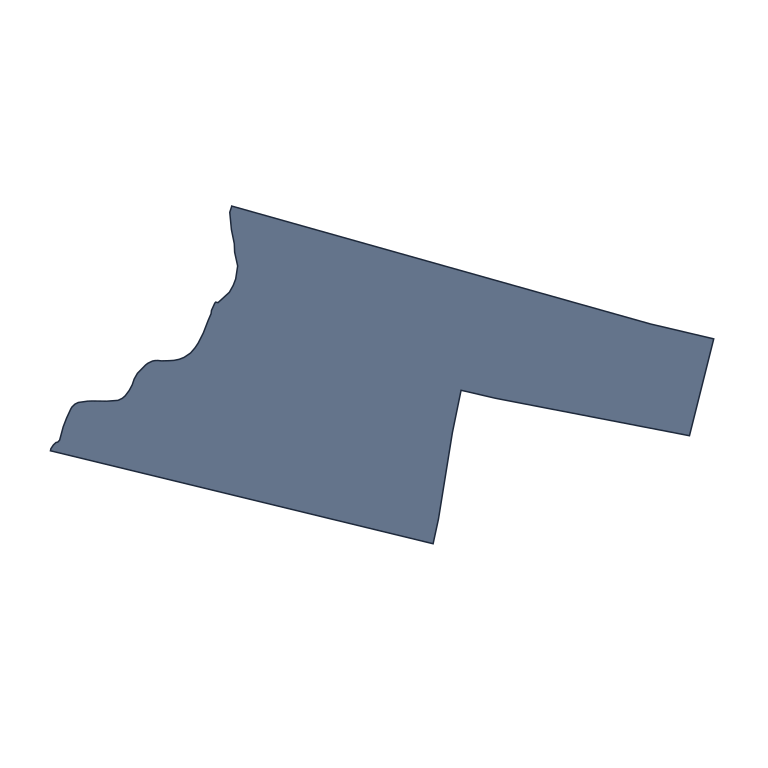 Brown, Ohio, United States of America (Equal Earth projection), rotated 100°
{"feature_id": "52423323B39524161644268", "entity_name": "Brown", "entity_type": "district", "adm_level": 2, "iso_a3": "USA", "parent_name": "United States of America", "parent_adm1": "Ohio", "projection": "equal_earth", "projection_center": [-83.851, 38.947], "detail": "fine", "context": "isolated", "style": "filled", "palette": "slate", "viewbox_px": 768, "rotation_deg": 100, "n_neighbors": 0, "source": "geoboundaries", "source_scale": "gbopen_adm2", "svg_char_len": 900}
<svg xmlns="http://www.w3.org/2000/svg" viewBox="0 0 768 768"><g transform="rotate(100 384 384)"><path d="M381.9,74.2L282.3,67.1L278.6,132.2L235.2,564.9L236.0,564.9L241.7,565.7L258.4,561.1L271.8,555.8L280.1,554.0L293.2,548.6L306.3,548.3L313.0,549.6L320.5,552.2L332.7,561.6L332.6,564.0L333.8,564.7L341.5,566.7L344.8,566.5L351.9,568.2L365.1,570.8L376.0,574.1L381.2,576.4L387.1,579.9L392.5,585.5L395.2,589.9L397.2,594.9L398.4,599.9L399.9,607.3L400.1,610.7L400.7,613.6L401.6,616.0L404.6,620.2L406.7,622.1L416.3,628.7L422.5,630.9L428.5,631.8L434.6,633.8L440.7,636.9L443.5,639.2L446.3,643.1L449.1,654.2L451.4,668.4L452.4,673.0L455.3,681.9L457.5,684.9L460.8,687.3L462.9,688.1L472.7,690.7L481.9,692.5L495.6,693.7L497.9,695.2L498.6,696.9L501.4,699.0L505.5,700.8L507.7,700.9L532.8,307.9L507.5,306.9L420.1,308.2L376.8,307.0L378.7,271.7L381.9,74.2Z" fill="#64748b" stroke="#1e293b" stroke-width="1.5"/></g></svg>